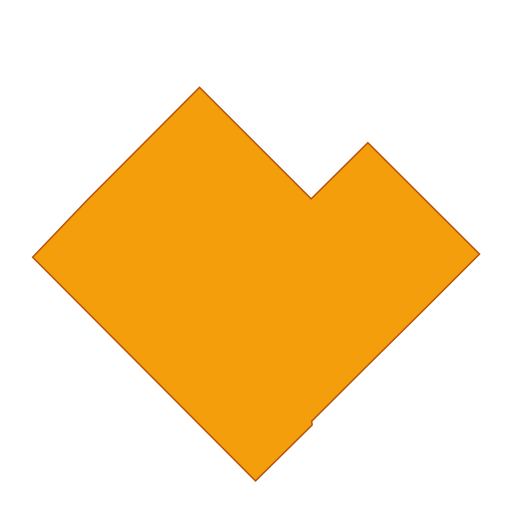 McLeod, Minnesota, United States of America, rotated 225°
{"feature_id": "52423323B8847059572171", "entity_name": "McLeod", "entity_type": "district", "adm_level": 2, "iso_a3": "USA", "parent_name": "United States of America", "parent_adm1": "Minnesota", "projection": "orthographic", "projection_center": [-94.33, 44.805], "detail": "fine", "context": "isolated", "style": "filled", "palette": "amber", "viewbox_px": 512, "rotation_deg": 225, "n_neighbors": 0, "source": "geoboundaries", "source_scale": "gbopen_adm2", "svg_char_len": 317}
<svg xmlns="http://www.w3.org/2000/svg" viewBox="0 0 512 512"><g transform="rotate(225 256 256)"><path d="M96.8,176.2L99.8,178.6L99.7,255.8L99.3,335.9L99.3,415.4L257.0,415.2L257.4,335.4L415.2,335.3L414.9,176.3L413.1,97.2L255.9,96.9L97.3,96.6L96.8,176.2Z" fill="#f59e0b" stroke="#b45309" stroke-width="1.5"/></g></svg>